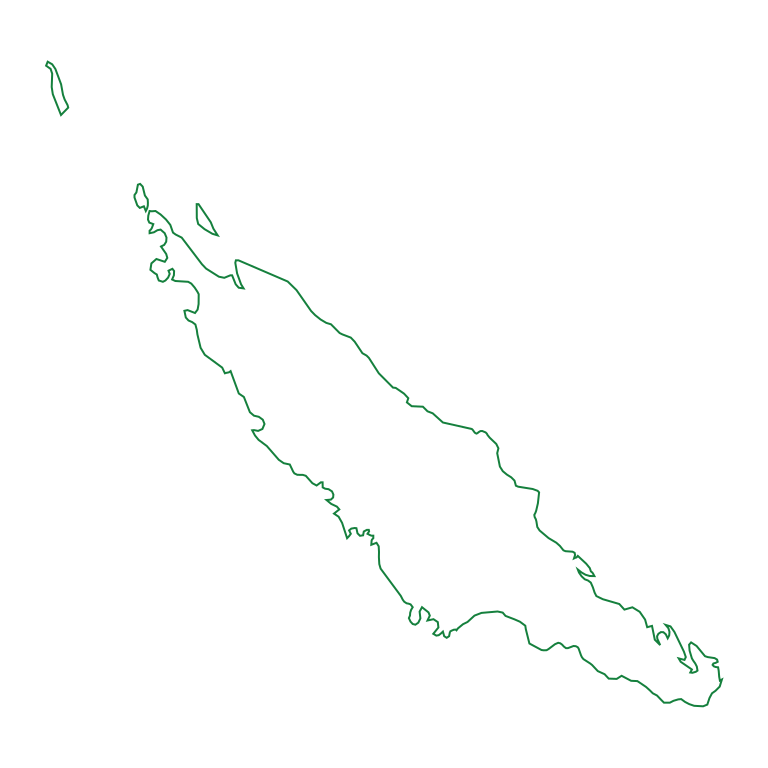 the Province of Nord
{"feature_id": "NCL-559", "entity_name": "Nord", "entity_type": "Province", "adm_level": 1, "iso_a3": "NCL", "parent_name": "New Caledonia", "parent_adm1": "", "projection": "natural_earth1", "projection_center": [164.928, -20.615], "detail": "fine", "context": "isolated", "style": "outline", "palette": "green", "viewbox_px": 768, "rotation_deg": 0, "n_neighbors": 0, "source": "natural_earth", "source_scale": "10m", "svg_char_len": 5335}
<svg xmlns="http://www.w3.org/2000/svg" viewBox="0 0 768 768"><path d="M456.5,630.3L455.8,629.6L453.9,629.7L451.5,630.7L449.8,631.7L450.0,631.6L449.1,636.2L446.7,637.8L444.2,636.2L442.9,631.6L440.8,633.6L438.7,635.2L436.3,635.6L433.3,633.8L438.4,627.5L437.8,622.1L433.5,619.2L427.5,620.5L429.8,615.6L428.5,612.4L422.0,607.2L419.6,611.6L420.4,618.4L418.3,622.7L415.4,624.7L412.7,624.0L410.5,621.6L408.9,618.1L410.0,615.5L410.2,612.7L411.1,609.9L412.7,607.2L410.6,604.4L408.7,603.7L406.6,603.3L404.2,601.7L402.7,599.6L400.8,595.9L380.6,568.6L379.3,564.1L378.9,557.1L379.0,552.0L378.7,546.3L376.5,542.8L371.3,544.8L371.6,540.6L372.0,539.6L373.3,538.2L373.3,535.7L371.5,535.7L370.2,535.2L367.5,533.8L369.1,531.3L368.8,529.9L366.8,529.9L363.8,531.5L363.1,535.3L360.0,535.8L357.5,533.3L356.4,528.2L354.7,528.0L351.3,528.6L349.1,530.4L350.8,533.8L349.1,536.1L347.1,538.2L342.1,522.9L338.6,516.7L334.0,513.6L339.3,509.4L336.9,506.6L331.2,503.9L326.5,500.0L330.9,499.6L333.1,497.5L333.4,494.6L332.0,491.4L328.6,489.2L325.1,488.7L322.7,487.4L322.6,482.3L320.9,482.3L316.6,485.5L312.4,483.2L305.8,475.8L302.9,474.9L297.3,474.8L294.4,473.4L293.2,471.7L289.8,464.5L283.7,463.2L278.8,459.8L266.8,446.0L258.6,439.9L255.0,435.5L252.2,430.3L254.0,430.1L258.1,430.9L262.4,429.0L264.5,424.0L262.8,419.7L258.8,416.8L254.0,415.7L249.9,412.2L243.9,397.0L238.8,393.5L230.6,371.1L229.0,372.3L227.7,372.6L226.5,372.8L224.9,373.3L222.2,367.6L204.8,354.8L200.6,347.8L197.4,334.4L196.8,329.9L195.4,324.5L192.2,322.1L188.5,320.5L185.8,317.5L184.4,310.8L187.6,310.1L195.0,313.0L197.6,309.6L198.6,304.1L198.7,294.2L197.5,291.9L194.7,287.6L191.3,283.6L188.2,281.8L175.3,281.0L172.1,279.5L173.9,275.3L174.1,271.0L172.4,268.8L168.5,270.7L169.7,273.9L168.1,277.6L165.4,280.5L162.9,281.8L158.8,280.5L157.6,277.5L156.8,274.5L154.5,273.1L150.4,269.8L151.4,263.4L156.4,259.0L164.8,261.8L167.3,257.9L166.2,254.0L161.0,246.5L164.2,244.9L166.2,241.7L166.5,237.6L164.7,233.2L160.6,229.6L157.4,230.2L153.9,232.3L149.6,233.2L149.6,230.7L151.0,229.4L151.9,227.9L153.3,224.1L149.3,222.6L148.0,219.6L148.3,215.6L149.6,211.0L151.7,211.3L155.5,211.0L160.6,214.5L166.0,219.5L170.3,224.9L173.0,232.6L175.6,234.5L181.7,237.6L202.0,264.3L206.1,268.6L218.9,276.7L224.3,277.8L230.4,275.3L232.1,275.3L235.7,284.3L238.7,287.7L243.6,288.4L241.1,284.4L237.1,273.4L235.3,262.8L235.9,260.3L238.4,260.3L287.7,281.5L296.5,290.1L311.1,311.0L315.1,315.1L320.6,319.5L326.3,322.9L331.0,324.3L339.6,333.0L342.4,334.4L350.8,337.6L354.7,341.7L362.4,353.2L366.6,355.6L368.9,357.9L378.8,373.3L393.0,387.6L395.7,387.9L404.0,393.6L408.3,398.2L406.9,402.4L411.7,406.2L422.9,406.7L427.5,411.3L432.7,413.3L442.9,422.5L471.8,429.0L472.6,429.7L474.8,432.7L476.4,433.6L477.4,433.2L478.7,432.1L480.4,431.1L482.2,431.0L485.6,432.4L486.8,433.6L487.6,435.1L489.7,437.7L496.3,444.0L498.4,448.3L497.2,453.2L499.9,466.6L502.8,471.2L506.9,474.6L511.2,477.3L514.5,480.6L515.9,485.7L518.2,486.7L532.7,489.0L537.6,490.8L539.1,492.4L537.9,503.3L536.2,510.6L535.5,512.6L534.3,514.9L534.7,517.1L535.8,519.2L536.4,521.4L537.3,527.0L539.6,530.5L548.6,538.1L556.3,542.7L559.9,545.9L563.4,550.3L565.5,551.2L572.6,551.7L574.6,552.8L575.1,554.9L574.0,558.4L575.6,557.6L576.4,557.5L576.8,557.1L577.8,555.9L586.2,563.7L589.8,568.1L590.9,571.4L592.3,572.5L593.0,573.5L594.4,576.1L589.8,576.0L585.6,574.8L581.6,572.5L577.8,569.5L579.0,572.6L581.6,576.3L584.8,579.3L588.0,580.5L590.8,582.6L592.9,587.4L594.6,592.6L596.4,596.1L602.8,599.2L619.3,604.0L624.4,609.6L632.4,607.3L639.7,611.8L645.1,619.6L647.2,627.2L652.0,625.9L654.8,639.7L660.2,645.1L657.3,638.7L657.1,636.2L658.4,633.8L660.9,632.1L663.4,632.2L665.8,634.3L667.7,638.3L669.2,635.4L669.5,631.9L668.4,628.2L665.6,624.9L670.5,626.4L674.4,631.9L683.9,651.6L685.8,657.1L684.5,659.9L678.7,658.4L680.7,661.8L691.9,669.5L690.3,672.5L692.4,672.8L695.8,671.8L697.5,670.6L696.8,666.5L695.2,663.4L693.4,660.9L691.9,658.4L689.6,650.7L689.1,644.7L691.1,642.4L696.6,646.0L705.0,656.2L707.8,657.1L714.6,658.1L717.1,659.6L717.7,661.8L715.8,662.8L713.4,663.5L712.6,664.9L713.8,666.3L715.6,667.0L718.1,667.3L718.7,670.8L719.2,676.8L719.9,680.6L721.9,679.5L719.7,686.6L715.5,690.8L712.0,693.3L709.5,698.0L707.3,704.6L703.1,706.3L694.1,705.8L689.2,704.1L685.0,701.9L681.2,699.1L678.2,699.4L673.5,700.8L669.8,702.7L664.0,702.7L661.2,699.9L657.0,695.5L652.8,693.3L650.0,690.5L646.0,686.9L637.4,681.1L631.1,680.8L621.6,675.8L616.7,678.9L608.7,678.6L604.6,674.2L597.8,671.1L592.1,665.0L590.2,663.5L583.4,659.1L581.9,657.2L581.0,655.3L578.6,648.5L577.7,647.2L575.8,646.2L573.5,646.0L568.0,648.1L565.9,648.1L563.8,646.5L562.2,644.7L560.3,643.3L558.2,642.8L555.0,644.2L548.5,649.1L546.6,650.2L543.7,650.3L541.5,650.0L529.4,643.5L525.8,629.1L525.3,625.7L519.9,621.7L514.4,619.3L505.5,615.9L502.7,612.6L497.6,611.5L481.5,612.9L474.5,615.6L467.5,622.0L463.0,624.2L457.9,628.4L456.5,630.3ZM64.6,99.4L67.6,105.2L68.2,107.6L61.0,115.0L52.8,94.2L51.7,87.0L52.2,73.7L50.6,68.9L46.1,65.7L47.7,61.7L52.2,64.3L55.4,69.0L61.1,84.3L63.0,94.8L64.6,99.4ZM213.4,228.7L217.7,235.4L212.4,233.8L204.6,229.2L198.2,224.0L196.8,218.1L196.7,204.1L198.5,204.1L210.8,222.3L213.4,228.7ZM147.7,199.4L147.9,202.7L147.8,205.6L147.1,208.4L145.8,211.0L143.9,206.3L139.8,207.9L137.3,205.4L134.5,197.5L134.5,195.0L136.4,192.4L137.9,184.7L140.1,183.9L142.7,186.6L144.9,195.5L147.7,199.4Z" fill="none" stroke="#15803d" stroke-width="2"/></svg>